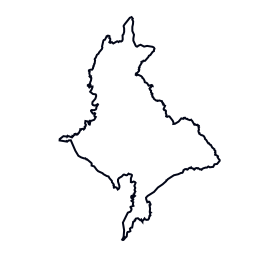 outline of Phunphin, Surat Thani, Thailand, rotated 148°
{"feature_id": "78962969B67039244737250", "entity_name": "Phunphin", "entity_type": "district", "adm_level": 2, "iso_a3": "THA", "parent_name": "Thailand", "parent_adm1": "Surat Thani", "projection": "mercator", "projection_center": [99.13, 9.024], "detail": "fine", "context": "isolated", "style": "outline", "palette": "ink", "viewbox_px": 256, "rotation_deg": 148, "n_neighbors": 0, "source": "geoboundaries", "source_scale": "gbopen_adm2", "svg_char_len": 5746}
<svg xmlns="http://www.w3.org/2000/svg" viewBox="0 0 256 256"><g transform="rotate(148 128 128)"><path d="M191.8,154.8L192.6,153.7L187.9,149.6L187.1,149.6L186.9,148.7L184.9,148.9L183.0,147.9L184.7,136.6L184.8,130.7L183.3,127.9L181.2,125.3L180.2,124.9L180.0,123.4L179.4,123.3L177.6,117.7L177.7,117.0L178.8,115.4L177.0,113.3L176.7,109.2L176.2,107.2L173.5,103.1L173.3,101.9L171.5,98.6L170.2,97.2L170.3,95.2L169.7,91.7L170.3,90.6L170.0,87.9L170.2,87.2L170.7,87.1L170.7,85.9L171.4,85.5L171.5,84.8L170.2,84.6L169.2,83.4L169.3,81.3L167.9,81.4L166.9,82.1L166.0,83.4L164.9,87.8L163.8,89.6L162.3,90.3L159.0,90.2L156.7,90.8L156.0,90.6L154.5,88.8L153.7,88.5L151.7,89.0L151.3,88.1L150.1,87.2L149.6,86.2L150.0,85.4L152.2,83.8L154.2,80.6L153.6,79.9L151.6,79.6L150.8,78.6L150.6,77.5L153.3,75.5L153.6,73.3L155.3,72.0L155.4,70.2L156.6,69.8L157.3,68.9L158.5,68.8L158.6,68.0L158.1,66.7L160.6,66.3L160.5,68.2L160.9,68.5L161.5,68.3L162.2,67.2L161.3,64.7L161.8,64.3L163.6,64.5L163.7,64.2L162.8,62.3L164.3,60.8L164.6,59.1L167.6,59.8L167.9,59.4L167.9,57.4L169.0,56.4L170.3,55.8L173.0,56.3L182.5,50.4L185.5,43.3L189.1,38.4L190.2,37.4L192.1,36.4L191.7,35.7L191.1,35.5L189.9,35.8L188.7,37.2L188.5,36.3L186.6,36.7L184.0,39.8L183.3,40.0L181.8,39.3L180.6,39.3L179.7,41.6L178.4,41.9L177.2,41.4L173.3,45.7L172.0,45.5L171.3,46.2L170.8,45.9L169.9,46.8L169.4,47.0L167.4,46.2L166.5,43.4L165.4,43.4L165.7,42.6L165.5,40.8L164.7,42.0L163.9,41.7L161.9,42.5L161.9,41.5L161.0,40.3L159.6,39.6L158.2,40.1L156.9,41.5L156.0,41.8L156.0,42.2L155.3,42.2L155.3,42.7L154.5,43.5L154.4,44.6L154.0,44.9L153.6,44.7L153.8,45.6L152.0,47.9L150.6,51.2L149.8,50.9L149.3,51.3L149.0,53.8L149.4,53.9L149.4,54.5L151.0,54.8L150.3,58.0L149.6,59.4L147.3,60.0L139.8,60.0L134.1,61.7L128.5,61.9L123.8,62.7L123.2,63.3L122.6,63.1L121.3,63.5L114.1,63.6L110.0,62.2L106.9,61.8L105.6,61.2L104.3,61.8L103.3,62.8L101.7,62.9L100.4,62.4L99.9,61.3L99.2,61.2L98.2,61.6L96.2,61.4L96.0,60.8L95.6,60.9L95.7,60.6L94.6,59.6L94.0,57.8L93.4,58.1L93.2,57.7L91.9,58.0L90.8,57.6L90.4,56.8L89.8,56.8L88.9,54.7L88.1,54.4L87.7,53.6L86.7,54.0L85.4,53.9L83.1,53.3L82.1,52.6L80.3,52.8L79.4,51.3L76.3,49.9L73.9,51.4L71.5,50.3L67.6,51.6L67.2,52.5L67.5,53.6L67.5,55.7L66.7,56.3L67.5,58.2L68.3,59.2L67.0,60.4L67.2,61.1L66.1,62.1L66.4,63.7L66.0,64.3L66.9,66.8L66.7,69.7L67.3,70.4L67.5,72.3L68.0,72.4L68.1,73.3L68.0,76.3L68.5,78.0L68.1,78.8L68.0,80.7L68.7,82.3L69.6,83.1L70.6,85.4L70.1,86.0L70.4,86.5L70.0,87.9L69.5,88.6L68.8,88.8L68.0,90.8L67.3,91.1L67.4,91.8L67.0,92.2L67.4,92.4L67.1,93.1L67.3,93.9L68.4,94.2L69.0,95.3L69.2,95.1L70.0,95.6L69.8,100.3L70.3,101.3L70.2,101.6L71.4,101.9L72.9,103.8L72.9,104.3L73.4,104.5L74.0,105.3L74.2,106.5L75.3,107.0L75.8,106.6L75.9,106.9L76.6,106.8L77.7,107.9L81.7,106.6L86.0,106.7L87.4,107.4L86.6,108.3L86.2,110.5L86.7,115.8L87.7,116.6L88.9,116.7L89.5,117.7L88.4,118.8L88.1,120.5L86.8,122.3L86.9,123.2L87.8,123.9L87.8,125.2L84.8,127.2L85.3,128.1L85.1,129.3L85.5,129.4L85.1,130.0L85.1,130.5L85.5,130.6L85.2,131.5L85.4,131.9L85.0,132.7L86.8,134.7L88.6,135.3L88.5,135.7L89.6,136.4L90.6,139.1L90.3,140.3L90.7,141.2L90.3,141.8L90.5,142.5L89.3,143.9L89.8,144.4L89.3,144.7L89.6,146.1L88.6,147.5L89.0,148.3L88.9,150.0L87.8,150.5L87.1,150.3L86.4,150.9L85.5,150.9L85.0,150.5L84.8,151.2L85.1,151.9L88.1,153.0L88.0,155.6L88.5,156.7L89.5,157.9L88.9,159.5L88.8,162.0L89.3,162.8L89.0,163.7L89.4,165.1L91.0,167.5L91.5,168.0L92.8,168.1L93.3,168.9L92.8,169.6L92.1,169.5L92.0,170.0L90.9,169.9L88.5,170.5L87.9,171.1L88.0,171.7L87.3,171.9L86.9,173.2L86.1,173.2L85.8,174.0L82.0,175.9L81.7,176.8L81.2,176.6L80.6,176.9L80.1,176.5L79.2,176.9L78.2,176.0L77.8,176.0L73.2,177.4L72.0,178.2L70.5,178.0L66.8,179.5L65.2,179.5L64.6,180.5L63.5,181.2L63.4,182.4L64.1,183.8L68.3,187.5L71.2,188.5L73.2,191.9L75.5,192.3L77.0,192.1L77.6,192.6L77.9,193.6L77.2,199.2L76.0,201.1L73.5,203.9L72.9,208.0L70.7,211.5L68.7,213.5L67.1,215.7L66.9,217.7L66.0,218.1L66.2,220.2L68.1,220.5L76.2,217.6L77.7,216.8L78.5,214.5L80.3,211.6L82.2,209.9L83.5,209.5L85.5,206.0L86.7,205.0L88.1,205.0L88.9,206.0L90.5,205.9L90.8,206.9L91.4,207.3L95.7,207.5L96.2,209.4L97.7,209.5L98.2,210.0L98.4,210.6L96.9,211.5L96.1,212.5L95.7,213.4L96.2,214.1L95.0,215.7L95.4,216.4L96.4,217.1L97.4,217.1L97.5,216.6L98.1,216.7L100.7,215.1L102.0,215.4L102.7,215.0L106.9,210.8L107.1,209.8L108.3,208.8L112.6,207.4L113.5,206.7L115.6,206.5L118.1,204.7L119.4,204.3L119.9,203.8L120.0,202.9L122.2,200.3L122.7,200.3L123.3,199.5L124.3,199.1L124.6,198.3L125.4,198.1L126.1,197.1L127.5,196.5L129.1,197.4L130.6,197.6L131.0,197.0L130.7,195.9L131.7,195.2L132.6,192.4L133.3,192.1L133.1,191.3L132.4,191.2L133.0,190.6L132.9,190.2L132.5,190.3L132.6,189.8L134.3,187.8L135.6,187.0L136.6,185.9L137.7,185.5L139.3,185.7L139.7,185.1L139.2,184.5L137.5,184.8L137.0,184.3L137.4,183.7L139.3,183.4L139.3,182.9L137.8,183.0L136.1,182.0L136.6,181.3L138.5,179.9L140.9,178.8L139.7,175.4L137.6,173.7L137.6,172.8L138.3,171.7L140.2,170.1L144.4,168.8L145.6,167.2L145.6,166.2L144.6,164.9L143.0,164.3L141.1,164.3L141.0,163.8L143.8,162.4L144.7,161.2L145.4,160.8L147.1,161.0L149.4,162.5L150.1,162.4L150.4,161.8L150.2,158.9L149.8,158.5L148.4,158.4L148.1,157.7L150.1,156.2L150.2,155.3L149.5,154.4L151.6,153.2L152.4,152.9L155.6,153.6L156.5,154.4L157.3,154.1L157.4,153.7L156.8,153.4L157.0,152.9L158.7,151.1L159.4,150.8L158.5,151.7L159.1,152.1L158.6,154.8L160.4,156.5L161.9,154.7L162.0,153.0L162.4,153.0L163.1,152.0L164.2,151.9L164.4,150.9L165.2,150.5L166.3,150.2L166.4,151.1L169.1,152.2L169.3,151.3L169.8,151.4L172.1,149.9L173.6,149.8L173.9,149.3L174.5,149.3L175.3,149.7L175.4,150.8L176.5,151.2L177.0,150.5L177.9,150.6L178.6,150.2L179.1,150.6L179.2,150.2L179.7,150.3L179.9,149.9L180.5,149.7L182.7,152.6L183.6,152.7L183.6,153.1L184.2,152.9L184.1,153.3L184.5,153.2L187.1,155.3L191.8,154.8Z" fill="none" stroke="#020617" stroke-width="2"/></g></svg>